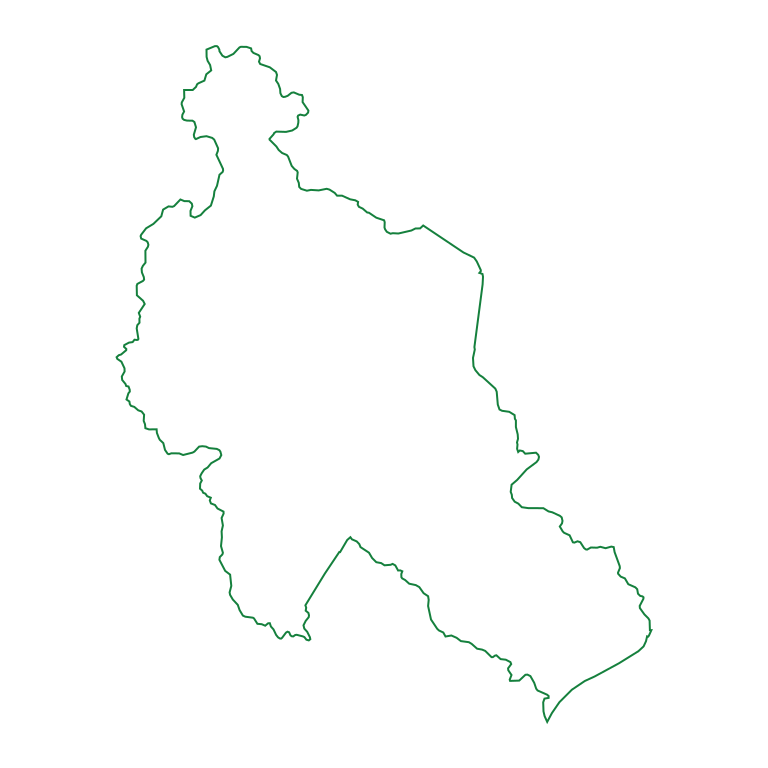 Salitre, Guayas, Ecuador
{"feature_id": "8360857B73646233564804", "entity_name": "Salitre", "entity_type": "district", "adm_level": 2, "iso_a3": "ECU", "parent_name": "Ecuador", "parent_adm1": "Guayas", "projection": "albers", "projection_center": [-79.812, -1.795], "detail": "fine", "context": "isolated", "style": "outline", "palette": "green", "viewbox_px": 768, "rotation_deg": 0, "n_neighbors": 0, "source": "geoboundaries", "source_scale": "gbopen_adm2", "svg_char_len": 6078}
<svg xmlns="http://www.w3.org/2000/svg" viewBox="0 0 768 768"><path d="M474.1,257.6L463.5,252.5L423.2,225.5L420.1,228.4L415.4,228.5L411.4,230.5L398.4,233.5L392.8,233.2L390.5,233.7L386.8,231.8L385.1,229.3L384.5,227.5L384.7,222.2L384.1,220.3L376.3,217.7L368.9,212.7L367.2,212.5L362.7,208.6L358.9,206.8L357.7,204.6L358.1,201.9L355.3,200.3L350.1,199.3L342.1,195.7L337.1,195.7L334.7,192.9L329.5,189.6L326.7,188.8L318.7,190.4L310.9,189.9L306.9,190.7L301.1,188.9L299.2,186.9L298.8,182.9L297.0,178.7L297.7,172.4L297.1,170.9L294.3,168.9L291.7,165.9L288.1,156.6L286.8,155.0L282.1,153.0L278.7,150.0L276.4,146.5L269.6,139.7L269.5,138.9L273.6,134.3L274.1,133.1L276.3,131.6L286.0,131.9L292.2,130.5L296.5,127.8L297.5,126.4L298.3,122.8L298.4,120.1L297.6,116.9L298.1,115.6L300.2,114.6L304.3,115.5L305.9,114.9L308.1,112.6L308.4,110.6L302.6,102.1L302.8,97.2L302.0,95.0L299.2,94.7L293.8,92.4L291.5,92.8L287.7,95.8L285.1,96.8L283.4,97.0L281.8,96.1L280.4,93.2L280.1,89.0L278.3,83.9L276.0,80.5L277.0,74.9L276.0,72.0L269.8,67.3L260.2,64.0L259.0,61.7L260.0,58.3L259.6,56.2L258.5,55.1L253.4,52.9L251.6,51.0L251.1,48.4L246.6,46.9L240.9,46.8L239.5,47.4L233.4,53.9L227.3,56.9L225.3,57.3L222.4,55.7L219.5,51.3L219.3,49.5L218.0,47.0L216.9,46.1L215.0,46.1L206.5,49.6L206.6,56.9L207.6,60.8L210.1,65.0L211.2,70.4L206.3,74.3L204.4,80.6L198.4,83.3L197.1,84.3L196.0,86.9L192.7,90.0L184.1,90.0L184.3,97.8L181.8,102.4L181.6,104.2L184.1,111.5L182.4,114.7L182.1,117.1L182.6,118.7L184.1,119.9L187.0,120.6L192.5,120.7L194.4,122.0L196.0,127.3L193.8,134.8L194.2,137.1L195.3,138.8L195.9,139.1L200.5,137.0L206.5,136.2L212.2,137.9L214.2,139.6L218.1,148.3L217.9,150.9L216.4,154.8L223.0,168.9L223.1,170.6L222.6,172.0L219.5,174.7L217.0,185.8L214.4,191.3L213.8,196.4L210.9,205.6L205.0,210.3L200.6,215.1L194.8,217.6L190.6,215.8L190.5,210.9L192.4,206.2L191.8,203.6L189.2,201.2L184.3,201.1L180.4,199.5L174.1,206.1L172.4,206.8L168.5,206.4L163.1,209.6L161.3,216.3L153.4,223.9L146.1,228.3L141.2,234.7L140.6,236.1L141.2,238.6L146.4,240.9L147.7,242.3L148.4,244.8L147.9,246.8L145.4,250.7L145.5,262.6L142.9,265.8L141.6,268.6L141.9,272.4L143.8,277.1L144.1,279.6L143.0,280.9L137.4,283.9L136.7,285.7L136.9,295.3L143.1,300.8L144.7,304.0L138.8,312.9L140.2,316.7L139.4,318.7L139.5,322.7L137.3,325.2L136.7,328.4L138.4,338.9L138.1,339.6L137.0,340.0L134.5,339.7L132.6,342.1L129.0,342.6L124.3,345.1L124.0,346.8L126.3,349.0L126.2,350.2L121.1,354.5L118.8,355.2L116.6,357.2L117.3,358.9L121.4,361.7L124.5,368.3L124.6,371.5L121.8,376.5L122.2,380.0L125.5,384.0L126.2,386.0L128.5,386.5L129.7,389.7L129.8,391.6L128.4,393.3L126.5,399.5L129.4,401.5L129.8,404.0L130.9,405.8L134.3,406.9L138.2,410.3L141.6,411.5L144.1,414.7L143.7,420.9L145.0,424.2L145.4,428.2L149.0,429.4L156.6,429.3L156.9,432.9L158.8,437.9L159.8,439.8L163.3,443.1L165.0,449.9L167.6,453.7L168.9,454.2L171.4,453.3L179.2,453.4L183.1,455.0L192.6,452.6L194.4,451.6L199.1,446.6L202.3,446.2L206.0,446.6L209.0,448.1L216.8,448.9L219.4,450.2L220.4,451.7L221.3,455.1L219.5,458.5L211.2,463.2L207.6,467.5L204.2,469.6L201.6,473.4L200.2,476.2L200.5,478.1L201.8,480.5L200.2,483.5L200.0,488.7L202.2,490.6L203.1,492.7L205.4,493.7L207.2,496.2L210.8,497.7L209.8,500.4L210.9,503.4L215.0,505.0L217.5,508.5L223.5,511.6L223.6,513.6L221.6,518.0L222.9,525.5L221.6,531.3L221.9,537.4L221.0,546.1L222.9,552.8L222.4,554.4L219.8,557.1L219.4,559.8L225.2,570.9L230.1,574.6L231.3,585.9L229.6,592.4L230.1,594.9L232.8,599.5L237.8,604.9L239.6,610.1L242.9,615.6L245.3,616.7L252.9,617.7L254.0,618.4L257.4,623.8L261.7,624.2L265.2,625.7L268.1,623.3L269.8,623.2L270.9,626.5L273.5,629.4L276.1,634.9L278.1,637.4L279.9,638.5L281.1,638.6L282.1,637.8L286.0,632.6L287.5,631.7L289.1,632.3L290.5,635.4L291.8,636.3L293.3,636.4L295.2,635.0L296.7,634.8L302.9,636.4L304.4,637.1L306.4,639.7L308.8,640.4L310.3,639.2L309.9,637.2L307.2,631.8L304.3,628.6L303.5,625.3L305.7,620.9L308.7,617.2L309.0,615.3L308.4,612.9L305.7,610.7L306.2,607.7L305.4,605.3L324.9,573.5L339.3,552.0L340.1,552.1L347.2,540.0L350.4,537.2L351.9,539.3L356.7,541.4L359.3,544.1L360.5,547.1L369.0,552.7L372.1,558.0L376.3,562.2L381.2,563.1L384.5,565.3L390.6,564.8L392.6,563.9L395.3,565.4L398.1,570.5L400.3,570.4L402.3,571.3L401.3,574.0L401.4,577.2L402.2,578.4L405.1,580.0L409.2,583.7L415.8,585.1L419.3,587.1L423.6,593.2L428.1,596.2L428.7,599.9L428.1,606.0L431.0,619.5L437.2,628.8L439.0,630.5L443.3,632.5L445.5,636.5L451.4,635.5L456.6,637.8L460.9,641.1L468.9,642.2L471.7,643.9L477.1,648.7L482.1,649.6L485.2,650.9L491.5,657.1L492.9,657.1L495.0,655.6L496.4,655.3L500.6,659.1L505.8,659.7L510.4,662.1L511.2,664.1L508.1,668.3L508.3,670.3L511.5,675.0L509.7,679.7L510.1,680.9L519.2,680.6L525.4,674.8L527.4,674.6L530.4,676.1L534.2,682.8L536.2,688.7L537.6,690.5L547.1,694.7L548.6,696.0L548.6,697.9L544.5,698.6L543.2,702.3L543.5,711.4L544.6,716.1L547.2,721.9L551.9,713.1L559.4,702.2L571.9,689.7L584.8,681.0L594.6,676.5L619.1,663.2L638.4,651.2L643.6,646.4L646.0,641.2L647.1,636.4L647.9,636.8L648.9,635.7L651.4,630.1L649.9,630.1L649.6,620.6L648.4,618.4L644.4,614.4L639.9,608.1L639.7,605.9L643.4,598.8L643.5,597.3L642.5,596.4L640.2,595.9L638.0,593.7L637.2,589.2L635.3,587.3L628.3,584.2L624.9,578.4L620.7,576.6L618.1,573.7L618.0,572.7L619.9,568.1L619.7,566.1L614.6,552.1L613.7,547.1L611.3,546.6L605.6,548.2L600.3,546.8L597.1,547.7L590.9,547.5L587.1,549.6L585.8,549.4L584.1,548.1L580.3,542.2L577.5,541.3L574.4,542.6L572.9,542.3L569.6,535.3L564.1,532.8L562.7,531.4L559.8,526.5L562.0,523.4L562.5,520.9L561.7,517.4L560.0,515.9L552.3,512.3L548.5,511.4L543.4,508.2L528.1,508.1L521.8,507.2L518.3,503.6L514.7,501.7L512.1,498.0L511.8,494.7L510.7,491.9L511.6,484.7L517.2,479.9L526.7,469.4L536.5,462.1L538.4,459.6L539.0,456.9L538.2,454.8L536.0,452.7L525.2,453.7L522.8,451.1L519.8,450.5L518.2,452.0L517.1,448.8L517.5,444.5L517.0,442.5L518.0,438.8L517.7,434.4L515.9,427.0L515.9,420.4L514.9,418.8L514.6,415.1L509.2,411.8L502.1,410.8L499.5,409.5L497.8,404.6L496.7,391.7L495.3,388.6L482.8,377.2L479.4,375.0L475.4,370.2L473.5,366.3L473.0,357.9L474.8,349.5L474.4,347.1L482.6,284.4L483.0,276.8L482.5,274.0L479.4,272.9L480.8,271.2L480.8,270.1L476.8,261.5L474.1,257.6Z" fill="none" stroke="#15803d" stroke-width="2"/></svg>